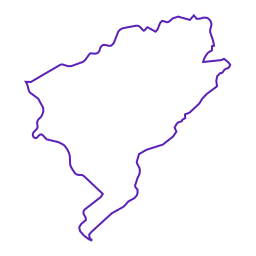 SVG path tracing the border of Doubs
{"feature_id": "FRA-5287", "entity_name": "Doubs", "entity_type": "Metropolitan department", "adm_level": 1, "iso_a3": "FRA", "parent_name": "France", "parent_adm1": "", "projection": "albers", "projection_center": [6.359, 47.06], "detail": "fine", "context": "isolated", "style": "outline", "palette": "violet", "viewbox_px": 256, "rotation_deg": 0, "n_neighbors": 0, "source": "natural_earth", "source_scale": "10m", "svg_char_len": 2094}
<svg xmlns="http://www.w3.org/2000/svg" viewBox="0 0 256 256"><path d="M214.1,45.7L212.1,46.1L211.9,50.4L208.0,52.7L205.8,55.7L203.9,59.2L203.2,62.0L221.2,60.1L224.0,58.8L226.3,60.6L228.6,62.6L230.2,64.9L229.0,67.4L227.6,68.3L226.0,68.7L224.5,69.7L222.3,72.7L221.5,73.0L220.1,73.2L217.2,76.2L216.3,80.8L217.0,86.3L206.7,94.0L202.3,98.6L199.4,103.4L199.1,103.7L189.5,112.7L185.0,114.4L185.2,118.2L183.0,119.3L182.4,119.7L181.8,121.2L178.0,122.5L176.6,124.0L174.6,127.5L176.4,131.7L172.9,136.7L162.8,144.6L146.4,149.8L139.0,154.1L136.7,162.0L137.3,164.0L139.4,167.9L139.9,170.4L139.6,173.5L139.0,174.9L138.8,175.6L137.7,177.5L135.3,184.8L135.1,185.9L135.5,187.2L136.3,188.3L137.5,189.5L137.5,193.3L136.9,195.2L135.2,197.3L133.6,198.6L128.5,201.3L124.5,205.8L122.9,207.1L111.9,213.2L91.2,232.1L89.1,234.8L89.6,237.8L92.1,240.6L88.7,239.2L84.0,235.6L80.1,231.2L79.2,227.4L80.2,225.6L81.2,224.0L85.7,220.2L85.9,219.3L85.6,217.5L83.8,214.3L83.4,212.5L83.8,210.7L84.7,209.5L100.7,197.1L102.8,193.9L83.7,175.9L82.0,175.0L78.3,174.9L76.5,174.4L75.0,173.3L71.5,167.9L70.2,164.9L69.8,155.9L68.9,152.8L67.4,149.6L65.5,146.8L63.6,144.8L58.3,142.1L46.5,139.3L43.2,135.6L41.4,134.3L39.5,134.9L36.9,137.7L35.8,138.1L34.6,137.9L33.5,137.0L32.9,135.7L32.8,133.9L33.6,132.2L36.1,129.7L37.2,128.2L37.6,126.7L37.1,122.7L37.6,120.7L38.5,119.3L40.9,117.0L41.9,115.4L42.7,113.5L43.3,111.4L43.3,109.2L43.0,107.5L38.3,98.8L29.8,92.4L28.9,90.7L27.2,84.4L25.8,81.8L30.8,82.0L60.6,64.6L62.4,64.4L68.1,66.2L71.3,66.1L83.0,61.9L85.3,59.9L89.2,54.4L90.4,53.3L95.3,53.7L97.2,53.2L98.1,52.6L98.8,51.8L99.4,50.8L100.3,47.9L100.8,47.0L102.3,45.4L103.0,45.0L105.0,44.9L109.3,45.9L111.3,45.6L113.7,43.2L118.4,31.4L120.4,29.4L122.9,28.2L136.1,25.7L138.6,25.9L140.0,26.9L142.5,29.7L143.8,30.7L144.7,30.3L146.7,27.8L147.6,27.3L155.6,31.7L157.5,29.5L160.1,23.0L162.0,21.0L163.2,21.0L166.2,22.1L167.7,22.2L169.1,21.6L172.7,18.4L178.2,16.6L189.8,19.9L193.9,15.4L196.6,18.8L199.9,18.7L203.5,17.6L207.0,17.8L209.2,19.3L210.9,21.7L211.5,24.6L210.1,30.1L210.2,32.2L213.1,40.8L214.1,45.7Z" fill="none" stroke="#5b21b6" stroke-width="2"/></svg>